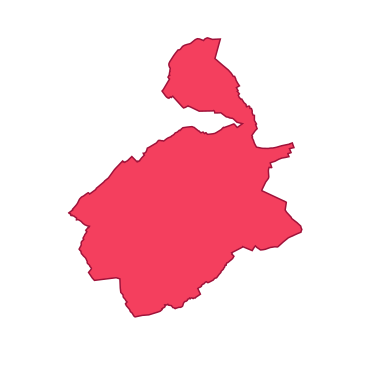 Ban Mo, Saraburi, Thailand (Natural Earth projection), rotated 133°
{"feature_id": "78962969B66109940408415", "entity_name": "Ban Mo", "entity_type": "district", "adm_level": 2, "iso_a3": "THA", "parent_name": "Thailand", "parent_adm1": "Saraburi", "projection": "natural_earth1", "projection_center": [100.715, 14.612], "detail": "fine", "context": "isolated", "style": "filled", "palette": "rose", "viewbox_px": 384, "rotation_deg": 133, "n_neighbors": 0, "source": "geoboundaries", "source_scale": "gbopen_adm2", "svg_char_len": 6040}
<svg xmlns="http://www.w3.org/2000/svg" viewBox="0 0 384 384"><g transform="rotate(133 192 192)"><path d="M241.8,116.4L240.8,116.5L239.7,116.5L238.9,116.1L238.2,115.6L237.9,115.5L233.7,116.0L231.7,116.0L230.9,116.1L230.4,116.5L230.0,116.6L228.2,116.5L227.4,116.4L226.8,116.5L226.2,116.9L225.1,116.8L222.9,117.8L222.3,117.1L221.1,117.9L220.1,118.1L219.8,118.1L219.3,117.7L218.7,117.6L213.1,116.9L210.4,117.5L210.3,118.5L210.3,120.2L209.9,120.2L209.5,121.6L197.9,117.5L197.4,117.7L193.8,108.0L190.4,108.7L188.2,108.9L188.3,106.5L187.9,104.3L187.9,103.5L187.6,102.3L185.8,100.7L183.9,99.3L179.2,96.9L175.5,94.0L174.0,92.1L173.4,91.8L166.3,91.2L159.7,90.3L150.6,86.5L147.1,84.9L146.3,85.4L144.5,86.1L143.6,88.1L142.8,89.2L142.8,94.3L143.4,100.9L142.8,102.4L142.3,109.1L141.6,111.6L135.3,115.9L135.2,116.4L143.4,141.8L143.3,142.0L141.9,142.6L134.5,144.9L130.0,145.4L128.6,146.1L124.9,150.1L123.9,151.0L122.7,151.8L121.4,152.4L120.5,151.1L119.8,150.4L119.7,150.4L117.5,154.6L117.4,154.7L115.8,153.9L113.0,152.3L108.9,150.9L106.0,149.5L102.7,147.0L100.0,145.2L98.7,147.9L98.5,148.1L95.8,146.4L95.6,146.4L93.8,150.3L90.0,147.7L88.9,149.9L87.7,152.1L90.2,153.4L90.4,153.3L96.9,157.9L101.8,160.8L104.6,162.8L106.4,164.6L108.1,165.9L112.2,170.5L115.2,175.5L114.0,179.1L113.3,180.6L112.3,182.3L111.3,185.1L110.5,185.2L109.9,186.8L109.4,186.8L108.5,187.0L106.2,187.3L105.0,187.5L102.8,187.6L101.3,187.5L99.3,191.4L98.3,191.2L97.1,195.2L93.4,198.6L94.1,199.8L93.1,202.0L91.9,203.0L91.3,203.7L90.4,205.5L91.3,206.6L90.2,208.1L90.1,208.5L90.6,209.2L91.4,209.7L92.4,210.1L92.5,210.3L91.8,211.4L91.1,212.2L91.2,214.9L90.1,219.0L90.8,219.4L90.6,220.6L90.7,221.8L89.6,224.2L87.9,224.3L87.5,227.6L86.5,227.4L85.4,230.7L82.0,229.7L81.3,232.7L80.2,236.1L79.4,237.3L78.4,239.7L79.2,240.6L79.3,240.7L78.4,244.3L78.0,248.7L78.4,255.9L78.8,266.2L60.8,275.6L66.5,281.2L68.6,285.7L69.3,286.2L71.1,286.9L72.0,287.0L73.3,286.8L74.9,290.8L76.2,292.6L78.3,293.5L83.9,294.3L84.9,294.6L87.7,296.4L89.9,297.6L92.0,298.2L95.0,297.9L95.7,297.9L96.7,298.2L97.6,299.1L101.5,298.8L104.8,298.4L111.9,297.1L113.4,296.6L114.2,296.2L115.3,295.0L115.6,294.4L115.8,293.7L116.1,293.5L116.3,292.3L118.4,290.9L118.8,290.3L119.3,290.3L121.7,288.7L121.7,287.9L121.9,287.8L122.4,288.2L122.7,288.3L124.4,287.9L124.7,286.5L124.7,285.5L136.0,283.0L137.3,282.8L138.6,282.8L139.7,277.2L139.9,275.3L139.7,274.9L139.8,274.1L139.6,273.9L139.3,273.4L139.2,272.8L138.7,272.8L138.2,272.9L137.8,272.6L136.9,272.4L137.0,271.6L135.1,271.4L136.3,257.3L136.3,255.5L134.7,254.6L131.7,253.6L131.6,252.7L131.1,251.9L128.0,241.9L118.7,232.3L117.6,231.7L117.6,231.3L117.9,230.3L118.6,229.2L115.3,225.8L114.6,225.3L114.4,224.8L114.3,224.3L113.7,218.2L112.2,215.9L112.4,215.4L111.0,213.3L110.6,212.9L110.3,211.6L110.3,209.9L110.3,206.6L107.6,201.7L113.2,202.7L114.0,203.0L113.5,207.3L113.9,207.5L113.9,208.0L114.1,208.1L117.6,209.7L123.2,212.6L123.3,213.1L124.5,213.2L126.5,213.2L131.5,214.6L133.4,215.2L135.4,216.6L139.2,219.9L139.3,220.1L139.1,222.2L139.3,222.4L140.3,222.5L140.7,222.7L140.6,224.8L142.5,225.8L142.7,226.1L142.6,228.5L142.9,228.8L143.3,234.5L143.5,234.8L144.2,236.6L147.7,239.7L151.2,242.5L152.9,242.7L153.5,242.8L153.7,242.6L155.2,242.7L155.4,243.4L155.5,243.4L158.2,243.6L160.1,244.5L160.8,244.6L162.1,244.4L163.9,244.8L165.2,245.2L165.6,245.0L168.5,246.3L169.4,246.6L170.7,246.9L173.3,247.3L174.2,247.6L174.9,249.0L175.5,249.4L175.9,250.4L176.5,251.1L176.9,251.3L177.2,251.7L180.4,251.5L188.3,253.8L190.4,254.6L191.6,254.0L191.9,253.7L192.5,253.6L193.7,253.0L194.7,253.0L194.8,253.1L196.3,253.2L196.5,253.4L196.6,253.7L196.9,254.1L197.2,253.7L197.5,252.0L201.3,252.1L204.6,251.8L204.7,251.6L205.5,251.8L206.6,252.2L206.4,252.7L207.4,252.8L207.1,260.2L213.2,260.5L214.8,261.1L216.2,261.4L216.3,262.7L216.9,262.8L216.7,263.9L227.1,264.0L229.1,263.9L238.8,262.7L243.1,263.4L245.0,263.3L254.5,264.5L255.9,264.1L263.3,265.5L263.2,267.1L263.3,267.4L263.5,267.5L266.0,268.1L268.9,268.6L270.8,269.3L271.5,269.4L273.6,269.4L274.3,269.3L278.5,268.0L281.4,267.7L286.2,267.6L286.4,267.0L287.0,267.1L291.3,267.9L291.4,267.2L291.3,266.8L290.8,266.2L290.8,265.8L291.6,265.0L291.7,264.4L291.4,264.0L290.7,263.8L290.7,262.9L290.1,261.9L290.0,260.0L289.8,259.4L289.8,258.5L290.6,258.1L291.2,257.5L290.0,256.6L289.8,256.3L289.4,254.8L289.1,253.0L289.3,250.3L289.1,248.2L288.1,245.4L287.0,243.6L288.7,243.3L288.9,243.4L289.1,243.8L291.0,243.6L292.4,243.6L292.6,242.1L293.1,242.1L293.3,241.7L293.7,241.6L293.8,241.5L294.8,241.5L296.3,241.3L297.3,240.9L299.9,240.3L300.1,240.2L300.3,239.1L300.6,238.8L302.1,239.0L304.1,238.8L305.0,238.2L306.3,236.8L310.8,235.6L311.1,234.0L311.0,233.1L312.5,230.8L312.5,229.7L312.8,227.9L312.8,225.5L313.0,224.3L314.3,221.2L315.2,220.4L315.4,220.0L315.5,218.7L315.5,218.2L315.5,216.8L316.0,216.0L316.3,213.7L316.7,213.3L317.4,213.1L321.4,212.8L322.9,206.3L323.2,203.1L306.4,189.0L304.7,185.5L311.2,178.9L314.0,175.6L314.2,172.7L314.3,172.3L315.7,170.7L315.9,169.7L316.1,167.5L316.5,166.6L316.7,164.5L317.4,164.7L318.0,164.3L318.8,164.5L319.2,164.4L319.4,163.6L319.9,162.6L320.5,157.6L320.7,157.1L321.5,155.5L321.4,153.1L322.0,151.1L322.3,150.1L322.3,149.1L322.2,148.6L322.1,148.4L316.1,144.2L311.3,139.8L303.3,135.2L301.0,134.0L298.3,133.7L298.1,133.8L298.0,134.3L297.5,134.3L296.0,133.8L294.5,133.5L293.5,134.0L293.2,135.0L292.8,134.8L292.3,133.8L290.6,133.1L290.9,132.2L289.1,129.5L289.3,129.1L289.4,128.1L289.6,127.2L289.1,126.6L288.8,124.8L288.2,124.8L287.9,124.4L285.2,122.9L284.4,121.9L283.5,121.4L282.4,121.1L281.7,121.1L279.1,122.4L278.0,122.6L276.8,122.5L276.2,121.9L275.0,121.6L274.3,121.5L273.6,122.0L272.3,121.5L271.3,121.5L271.4,120.5L270.0,120.4L269.4,119.5L269.2,118.5L268.7,118.3L268.2,118.3L267.4,117.4L267.1,117.3L266.3,117.4L263.0,116.6L261.0,116.2L258.6,122.0L258.1,121.8L256.9,121.6L256.3,121.2L254.7,120.8L254.3,120.9L254.0,121.4L253.8,121.4L251.6,121.1L251.4,120.8L251.1,120.7L248.7,120.7L248.0,120.4L247.8,120.3L247.7,120.1L247.8,119.5L247.7,118.9L247.5,118.6L247.1,118.3L245.3,117.6L241.8,116.4Z" fill="#f43f5e" stroke="#9f1239" stroke-width="1.5"/></g></svg>